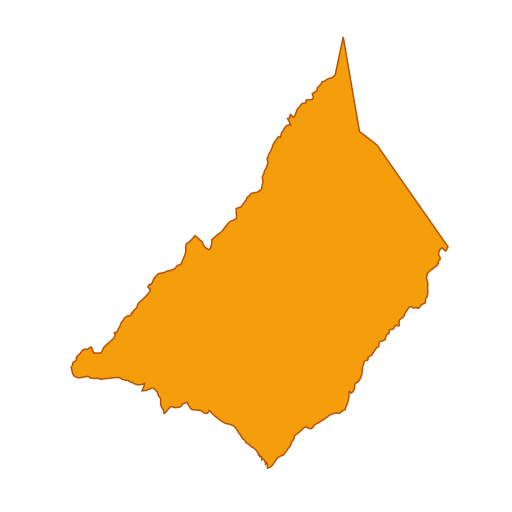 Tehuipango, Veracruz, Mexico, rotated 176°
{"feature_id": "50627088B27268418868479", "entity_name": "Tehuipango", "entity_type": "district", "adm_level": 2, "iso_a3": "MEX", "parent_name": "Mexico", "parent_adm1": "Veracruz", "projection": "natural_earth1", "projection_center": [-97.047, 18.52], "detail": "fine", "context": "isolated", "style": "filled", "palette": "amber", "viewbox_px": 512, "rotation_deg": 176, "n_neighbors": 0, "source": "geoboundaries", "source_scale": "gbopen_adm2", "svg_char_len": 6019}
<svg xmlns="http://www.w3.org/2000/svg" viewBox="0 0 512 512"><g transform="rotate(176 256 256)"><path d="M144.1,373.0L153.7,468.4L164.4,431.1L166.3,429.6L168.1,428.4L171.5,427.9L176.2,425.3L177.8,425.4L179.4,422.6L183.0,419.7L183.6,416.6L188.6,414.1L187.7,410.1L188.8,408.3L195.1,408.1L195.8,405.4L196.9,404.9L198.8,405.1L200.2,404.2L204.9,398.9L206.8,394.6L208.2,392.3L209.0,391.9L211.7,394.8L212.4,393.8L212.2,391.9L214.9,390.9L213.5,388.0L212.4,384.2L213.3,384.6L216.2,384.1L218.5,381.7L220.2,379.4L222.4,376.1L223.2,372.8L224.9,373.4L225.6,373.2L230.6,367.1L233.6,360.4L236.5,356.0L237.2,353.5L238.2,352.4L237.4,347.5L238.1,346.8L239.9,342.4L241.4,340.8L242.4,337.7L244.1,334.9L244.3,333.2L243.8,330.5L244.0,328.6L245.2,325.4L245.9,322.3L246.7,321.5L248.4,320.8L249.2,319.8L256.3,318.8L258.8,316.4L260.7,315.2L261.7,312.9L267.5,306.1L272.5,304.6L272.8,294.7L280.2,291.8L285.4,286.4L287.5,283.7L290.5,281.4L294.4,278.9L299.1,275.2L299.1,272.0L300.7,267.4L302.5,265.5L304.2,266.6L306.0,268.1L307.3,269.6L308.6,273.8L315.5,280.6L318.6,277.3L321.5,274.8L324.5,273.2L325.5,270.5L325.7,266.4L326.4,263.0L328.4,258.9L331.4,253.2L335.4,251.8L338.0,248.9L342.3,247.5L346.0,247.1L348.4,246.0L352.7,245.4L354.5,245.3L357.2,242.9L359.5,240.3L360.6,238.1L362.7,234.6L364.1,235.3L366.0,232.8L364.0,230.1L364.5,227.8L367.1,225.0L371.8,220.8L376.3,217.4L377.9,214.8L378.2,213.2L379.4,212.0L380.9,211.0L382.5,209.1L383.8,207.9L383.3,207.8L385.7,205.2L387.7,205.5L391.9,203.1L392.9,201.2L394.7,199.5L395.3,198.5L397.2,194.3L398.4,193.2L398.7,192.3L399.4,191.1L399.9,190.1L401.7,189.6L402.8,189.1L402.8,188.6L401.6,187.8L403.4,184.2L405.9,182.1L413.9,175.8L417.4,170.0L424.7,170.6L426.5,176.6L427.3,176.6L428.9,175.8L430.4,174.9L431.8,174.6L433.4,175.0L434.8,174.6L435.8,173.9L437.0,172.6L438.0,171.3L438.8,170.5L440.3,169.5L442.5,167.0L442.5,166.8L442.1,165.8L442.6,164.9L443.3,163.9L444.4,163.4L445.8,162.8L446.1,162.2L446.3,161.1L446.7,160.1L447.4,158.8L448.2,157.9L447.9,156.5L447.3,152.3L446.4,149.7L445.5,148.7L444.4,148.0L442.9,147.3L441.6,147.1L440.5,146.7L437.9,147.1L432.4,147.7L431.4,147.5L430.9,146.8L430.0,145.8L427.9,145.6L426.7,145.2L424.5,145.0L422.1,145.3L421.0,144.3L419.2,143.9L405.0,144.5L402.0,144.5L400.4,144.0L399.4,143.2L398.0,142.3L396.3,141.8L394.5,141.1L392.9,140.8L390.2,139.2L388.1,138.3L386.7,137.3L384.5,136.3L382.4,135.6L380.1,135.8L378.1,135.9L376.0,136.7L376.8,134.0L377.3,132.8L378.5,130.9L379.1,129.4L376.2,129.5L375.3,129.3L372.6,130.6L371.5,130.7L370.4,131.0L368.8,131.6L367.7,131.1L366.5,130.4L365.7,129.5L365.1,128.5L363.9,127.1L363.6,125.8L363.4,124.8L362.9,123.3L362.0,121.8L361.1,120.3L361.3,117.9L361.4,114.2L361.0,112.2L360.2,110.7L359.4,109.4L358.9,108.2L358.9,106.7L358.7,105.3L358.0,105.7L357.0,106.4L355.9,107.5L354.8,108.8L353.7,109.7L352.3,111.4L350.5,111.6L349.4,111.1L347.7,110.5L346.3,110.3L344.3,110.4L343.0,110.6L341.5,111.1L340.4,112.1L339.9,113.2L338.8,113.7L337.5,114.0L336.2,114.5L334.9,115.1L334.3,113.1L334.0,112.2L332.6,110.0L331.7,108.1L330.3,107.2L328.7,106.9L327.3,106.8L320.9,105.3L319.0,103.2L317.9,102.8L316.2,102.3L315.0,102.8L313.5,105.3L308.6,99.5L303.5,95.0L302.6,94.3L301.2,93.1L298.3,91.3L296.8,90.7L295.5,90.5L294.2,89.9L292.5,89.5L291.2,88.6L289.9,87.9L289.1,87.1L287.6,84.7L286.2,82.1L285.6,80.6L284.4,79.0L283.8,78.6L283.8,77.8L283.2,76.7L282.2,75.1L281.4,74.1L280.3,73.3L279.7,72.2L279.1,70.7L278.4,70.0L277.4,69.3L276.7,69.0L275.4,67.6L274.9,67.0L273.8,65.9L272.8,65.3L271.7,64.8L271.0,63.9L269.8,62.7L268.7,61.1L268.3,60.1L267.5,59.4L266.9,58.6L267.6,57.4L266.5,57.0L266.2,55.5L265.0,55.8L264.7,54.9L264.4,55.1L264.4,53.8L264.5,52.1L263.0,52.9L262.2,52.3L261.7,50.9L261.1,49.5L261.0,47.9L260.1,49.1L259.6,47.5L259.3,47.6L259.3,43.6L256.8,44.3L255.0,45.4L253.5,46.9L251.5,49.6L248.6,53.1L246.2,54.4L244.3,55.1L242.6,55.5L241.3,56.8L239.5,59.1L238.3,60.5L236.6,62.6L235.3,63.9L234.3,65.5L233.7,67.4L232.7,68.8L231.3,70.3L230.9,71.2L230.2,73.7L229.6,74.4L224.8,77.4L221.7,80.2L219.0,81.9L217.7,82.0L216.3,80.9L214.8,80.3L213.4,79.8L212.4,80.1L211.3,81.2L210.2,82.6L209.0,83.6L207.7,84.3L205.7,85.0L199.5,88.4L197.6,89.6L195.7,90.7L194.0,92.0L192.0,92.7L190.5,93.1L189.1,93.7L187.8,93.8L186.0,93.7L184.9,93.4L184.2,93.3L183.3,93.5L182.2,94.2L180.9,95.4L179.1,95.9L177.9,96.6L177.4,97.7L176.8,99.4L176.1,100.4L175.4,101.7L174.2,105.2L173.3,108.1L173.1,109.5L172.9,111.0L172.9,112.6L172.7,113.7L172.3,114.4L171.7,114.1L171.2,113.0L170.7,112.5L170.2,112.7L169.4,113.3L168.8,114.2L167.7,115.5L167.0,116.8L166.8,117.9L166.5,119.7L166.4,121.3L165.5,122.0L164.9,122.5L164.1,122.6L162.8,123.6L161.8,124.7L160.2,127.1L159.7,128.3L158.9,129.8L158.5,131.1L158.2,133.0L158.1,134.3L157.5,137.0L157.3,138.1L156.9,139.3L156.3,140.5L155.9,141.8L155.3,143.3L154.3,144.0L153.1,144.2L152.0,144.2L151.6,144.6L151.4,145.2L151.5,146.1L151.3,146.6L150.8,147.5L150.0,148.0L149.1,148.3L148.1,148.7L147.0,149.4L146.5,150.3L146.2,151.2L142.8,155.2L141.4,156.4L140.1,156.9L139.8,157.7L139.4,160.4L138.7,161.7L137.7,162.2L135.6,162.4L134.5,163.0L133.4,163.2L132.7,164.0L132.5,165.1L131.8,167.1L131.0,168.4L129.9,169.1L128.7,169.7L128.4,171.0L128.3,172.7L127.3,173.3L126.3,173.2L124.7,173.3L123.5,174.3L123.0,175.3L121.1,177.2L120.3,177.0L119.5,176.5L118.4,176.2L117.8,177.5L118.0,178.8L117.6,181.7L116.6,182.8L115.3,183.5L113.8,184.7L112.7,185.6L112.1,186.6L111.7,187.7L111.1,188.9L110.0,190.2L109.2,191.1L107.4,193.6L106.1,194.7L104.8,194.5L103.7,194.1L102.6,193.1L101.8,193.0L100.9,193.2L99.6,193.6L98.6,192.7L97.6,192.5L96.6,193.3L95.8,194.3L94.6,195.4L93.1,196.4L91.6,196.9L90.3,197.5L90.1,198.3L90.1,199.5L89.7,201.8L88.6,202.9L87.7,204.4L87.5,206.3L87.1,208.0L87.1,210.7L86.5,217.6L87.3,220.9L87.4,222.6L86.9,224.1L86.6,225.6L85.8,227.1L83.8,228.8L82.2,230.2L81.0,230.6L79.2,232.0L78.1,232.6L76.2,233.7L74.6,235.9L74.4,238.0L73.9,238.6L72.6,239.6L72.4,240.9L72.7,242.0L73.7,244.7L73.6,246.3L72.9,248.1L71.9,249.8L69.9,251.3L69.3,250.8L67.2,248.0L66.1,248.0L65.4,249.1L64.8,250.6L63.8,251.8L127.7,358.4L144.1,373.0Z" fill="#f59e0b" stroke="#b45309" stroke-width="1.5"/></g></svg>